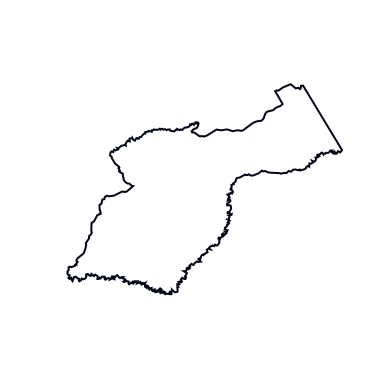 Cristalina, Goiás, Brazil (Robinson projection), rotated 59°
{"feature_id": "56859067B10276858229585", "entity_name": "Cristalina", "entity_type": "district", "adm_level": 2, "iso_a3": "BRA", "parent_name": "Brazil", "parent_adm1": "Goiás", "projection": "robinson", "projection_center": [-47.497, -16.702], "detail": "fine", "context": "isolated", "style": "outline", "palette": "ink", "viewbox_px": 384, "rotation_deg": 59, "n_neighbors": 0, "source": "geoboundaries", "source_scale": "gbopen_adm2", "svg_char_len": 6098}
<svg xmlns="http://www.w3.org/2000/svg" viewBox="0 0 384 384"><g transform="rotate(59 192 192)"><path d="M233.3,41.8L157.9,42.0L157.2,43.9L159.2,45.5L159.4,46.6L157.5,47.1L156.6,49.7L150.4,51.9L149.2,60.2L149.6,65.6L148.5,67.3L148.4,68.8L163.2,69.0L163.8,71.7L163.0,76.4L163.6,80.5L161.8,86.4L162.6,88.8L166.0,93.0L166.7,95.7L164.8,100.0L164.2,104.7L165.4,116.1L165.0,118.2L162.5,121.2L160.8,125.9L157.3,128.8L156.0,130.5L154.4,134.8L151.1,138.9L151.3,150.0L150.6,153.4L149.8,153.8L148.0,156.9L142.4,159.3L140.9,161.2L139.7,161.0L139.1,158.8L139.5,154.3L136.9,151.2L135.6,151.0L134.6,152.3L135.7,152.2L135.4,153.5L134.4,154.4L134.4,155.3L135.2,155.8L133.7,156.4L133.4,157.1L134.1,158.1L133.1,158.9L134.5,160.3L134.0,163.4L133.0,165.1L133.8,168.5L132.5,169.4L132.6,170.8L130.3,172.3L130.9,173.0L130.4,173.4L130.8,176.2L128.2,179.1L127.0,178.8L125.9,180.8L126.0,181.8L124.2,182.8L123.9,184.3L122.4,185.0L122.1,185.9L122.4,186.8L121.2,187.1L121.3,188.3L120.1,191.0L118.7,192.5L119.1,193.0L118.4,194.5L119.6,195.4L117.3,197.7L117.7,198.2L116.6,201.3L117.9,201.9L117.3,203.5L118.6,207.2L118.0,208.8L119.0,210.2L118.6,210.9L117.5,211.1L117.3,212.2L118.6,214.5L117.1,215.5L114.8,215.3L115.3,215.9L114.0,217.7L114.7,218.8L116.6,219.3L114.9,220.9L116.4,224.1L118.1,224.8L117.2,225.3L116.0,228.7L116.7,232.4L115.7,233.5L117.4,233.5L117.0,236.0L115.5,237.0L117.2,239.0L115.7,240.2L116.1,241.4L118.4,243.5L120.2,242.7L122.0,243.3L128.1,243.3L132.6,241.6L133.5,241.7L133.7,242.8L136.4,242.8L136.5,243.8L137.1,243.9L140.6,241.9L143.9,243.5L144.8,243.3L146.0,244.2L148.8,244.2L151.6,242.8L152.2,241.6L155.9,240.3L156.6,239.5L158.0,247.7L157.3,249.7L155.7,251.4L154.9,260.9L153.0,265.3L151.3,266.9L151.5,269.5L153.0,270.8L152.3,272.7L155.5,275.8L155.3,277.4L155.8,278.2L159.3,280.1L162.4,280.8L163.0,282.1L163.6,281.9L163.1,285.1L166.6,290.9L166.9,294.1L173.2,298.2L175.2,298.8L176.2,300.2L176.8,302.9L178.7,304.1L181.2,309.4L182.6,309.8L185.4,312.3L188.8,316.4L189.9,324.2L190.6,325.8L191.5,326.6L193.0,326.0L193.9,328.3L194.8,328.5L194.2,329.7L195.0,330.1L194.4,333.7L193.0,335.4L193.0,336.6L195.4,337.9L196.1,339.8L197.1,340.0L197.5,340.8L199.2,340.7L200.5,339.8L202.0,342.2L203.5,341.7L203.6,341.0L202.9,340.4L203.3,339.5L205.4,340.4L206.8,340.3L204.1,336.6L204.9,335.1L206.6,334.8L208.2,333.5L208.9,334.4L210.5,334.6L210.6,332.9L209.4,331.1L210.9,330.2L211.1,327.7L209.7,325.7L208.8,325.8L208.1,325.0L208.7,323.4L211.4,322.6L211.7,321.5L210.5,320.4L213.6,319.4L212.9,317.6L215.3,316.3L217.2,316.9L217.6,317.9L218.2,317.5L218.6,316.6L217.7,315.5L219.0,314.8L218.1,312.7L219.3,311.1L220.2,311.3L220.0,310.5L221.2,310.5L222.1,311.6L222.7,311.1L222.2,310.1L222.9,307.7L223.9,307.1L224.7,307.8L224.9,305.5L224.0,305.3L222.7,303.3L223.6,303.8L225.0,303.3L226.3,304.0L226.9,303.4L224.6,302.1L225.3,301.1L224.6,299.8L224.9,298.8L228.0,298.5L228.8,297.9L228.7,295.9L229.7,294.6L230.0,296.1L232.7,294.2L233.3,294.6L233.4,296.9L234.3,296.5L234.3,294.3L236.2,292.4L237.6,293.5L238.7,293.4L238.4,290.5L238.9,288.4L239.9,288.6L240.0,287.4L239.0,287.2L240.5,284.5L242.0,286.3L242.4,282.9L243.2,283.5L244.1,281.9L244.4,283.0L245.5,282.9L245.8,279.3L246.3,280.4L247.1,279.7L249.0,281.1L250.4,280.4L248.4,279.6L249.2,278.7L250.3,279.0L250.2,278.2L251.8,278.0L252.5,278.9L253.6,278.7L253.1,277.3L253.5,276.0L255.5,277.1L257.0,276.5L256.8,275.8L256.0,276.0L256.2,274.2L257.1,274.7L257.6,274.0L258.6,275.1L259.2,274.7L259.8,272.7L258.9,272.3L258.2,268.9L259.0,268.5L260.9,270.9L262.1,271.1L261.6,269.4L262.4,270.1L263.0,269.4L262.7,267.5L264.3,266.7L264.8,268.0L265.9,267.4L265.9,266.4L268.6,263.0L268.8,262.0L267.1,261.9L267.0,259.8L265.8,259.4L268.9,258.5L270.0,256.3L269.7,255.4L266.5,253.9L266.5,252.7L264.9,253.0L263.5,252.1L264.7,251.0L264.6,250.0L262.1,250.0L262.6,248.3L263.7,247.8L263.7,246.8L261.3,246.7L260.5,244.7L261.5,244.4L263.2,242.5L261.9,241.0L260.9,241.7L259.0,238.1L255.7,239.8L256.5,238.3L256.3,236.8L254.8,236.0L254.6,235.2L256.4,234.4L256.4,233.5L254.9,233.4L255.1,232.0L253.8,232.0L253.4,229.4L255.2,228.6L255.3,227.9L254.3,226.3L254.1,223.5L254.8,223.2L256.2,220.3L252.7,221.0L252.8,219.8L253.6,219.3L251.3,216.5L251.1,215.3L252.0,214.7L251.4,213.7L251.9,213.0L251.4,212.2L251.7,209.8L249.1,209.0L249.2,207.0L250.4,205.9L248.7,206.3L248.1,204.4L248.6,202.7L248.3,202.0L249.8,200.9L249.0,199.5L250.4,198.8L250.8,197.5L249.6,194.6L247.5,193.6L247.0,192.6L245.6,193.4L244.9,192.6L245.9,191.9L246.0,188.2L245.8,187.4L244.3,188.4L243.5,187.7L243.5,186.5L245.4,185.7L245.0,183.7L243.3,184.0L244.2,183.1L243.1,181.2L241.4,182.8L240.6,183.0L239.7,182.3L239.4,179.6L238.0,178.7L238.4,177.8L237.8,176.3L236.4,177.0L236.0,174.5L233.8,175.7L234.2,174.3L233.2,173.6L233.1,172.9L231.7,172.4L231.0,172.7L232.0,170.0L231.3,169.3L230.9,170.5L229.8,170.7L228.4,172.3L227.6,171.7L228.5,170.4L226.4,167.0L223.6,165.9L222.3,167.1L221.6,168.7L220.2,168.1L219.7,164.0L218.8,163.4L217.6,163.9L217.6,165.6L216.3,164.3L215.9,163.6L216.3,162.7L215.7,162.3L212.5,162.9L213.2,160.8L212.6,160.6L212.9,159.1L214.0,158.5L213.2,157.1L212.1,156.6L210.9,157.4L209.8,156.6L209.4,157.4L208.2,155.5L206.3,154.6L206.7,152.3L205.9,152.3L205.6,149.6L203.1,146.7L204.2,143.3L204.4,137.5L205.4,137.0L206.0,135.7L206.1,134.1L207.4,133.7L208.9,132.1L209.5,130.3L210.3,125.2L209.7,121.0L211.0,120.3L211.9,118.2L213.9,117.1L215.5,115.3L221.1,107.0L221.9,106.7L223.2,102.9L224.4,101.3L223.8,98.3L225.6,96.7L225.0,93.7L226.0,91.7L228.1,89.8L228.1,88.4L228.6,87.8L229.4,87.9L230.5,83.3L230.3,82.1L229.5,81.6L229.3,79.3L230.7,78.5L228.0,76.7L229.0,75.5L229.1,72.9L227.2,72.9L228.7,71.9L228.8,70.0L227.0,68.2L226.2,68.3L226.9,66.7L225.6,66.1L226.8,65.2L226.9,64.4L225.0,64.6L225.6,62.8L224.9,60.9L225.2,60.3L227.5,60.0L226.9,59.3L227.8,57.8L227.4,57.0L228.6,55.1L228.4,53.1L228.8,52.3L227.8,52.2L228.7,50.3L229.4,51.0L230.2,50.3L230.9,50.3L230.9,51.3L232.0,51.0L233.0,49.5L231.8,48.9L233.5,48.6L233.5,47.7L232.2,46.0L234.4,44.4L233.3,41.8ZM267.1,261.9L266.5,262.8L266.1,262.0L266.4,261.2L267.1,261.9ZM238.9,289.7L239.3,290.4L239.8,289.9L238.9,289.7ZM263.6,267.1L263.7,268.2L264.0,267.7L263.6,267.1Z" fill="none" stroke="#020617" stroke-width="2"/></g></svg>